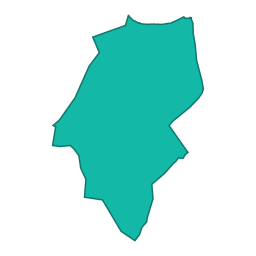 outline of Naranbulag, Uvs, Mongolia
{"feature_id": "93677404B35276853556349", "entity_name": "Naranbulag", "entity_type": "district", "adm_level": 2, "iso_a3": "MNG", "parent_name": "Mongolia", "parent_adm1": "Uvs", "projection": "natural_earth1", "projection_center": [92.704, 49.464], "detail": "fine", "context": "isolated", "style": "filled", "palette": "teal", "viewbox_px": 256, "rotation_deg": 0, "n_neighbors": 0, "source": "geoboundaries", "source_scale": "gbopen_adm2", "svg_char_len": 2337}
<svg xmlns="http://www.w3.org/2000/svg" viewBox="0 0 256 256"><path d="M128.4,15.4L125.5,25.4L92.7,37.1L96.1,44.8L99.3,52.7L89.1,66.2L75.0,97.9L59.3,120.2L53.9,124.8L53.1,125.5L55.7,126.7L52.6,145.5L60.2,146.5L70.3,145.5L73.9,148.9L78.9,155.6L80.7,168.1L85.9,179.3L84.5,197.2L90.7,198.1L102.5,199.9L121.2,231.4L134.9,240.6L139.4,234.8L142.0,227.2L146.7,221.9L147.1,218.2L153.0,198.8L151.8,184.3L164.3,173.6L174.3,162.5L175.0,162.1L175.3,162.0L175.5,161.9L175.9,161.3L176.6,160.3L177.2,159.5L177.9,158.6L178.3,158.3L179.1,157.7L179.3,157.6L179.6,157.7L179.8,157.7L180.0,157.8L180.2,158.0L180.3,158.2L180.5,158.3L180.8,158.2L181.0,158.1L181.3,158.1L181.6,158.1L181.9,158.2L182.1,158.2L182.2,158.3L182.4,158.3L182.6,158.3L182.8,158.2L183.0,158.1L183.4,158.0L183.6,157.7L183.8,157.4L183.8,157.1L183.9,156.9L184.3,156.2L185.3,154.7L186.8,153.4L187.2,152.9L187.5,152.6L188.0,152.3L186.4,150.3L175.4,134.6L169.1,125.6L172.5,121.4L190.0,107.1L198.8,97.9L201.9,93.2L203.4,89.1L201.6,79.6L196.6,60.4L195.2,44.8L193.2,33.3L192.9,23.4L192.0,20.8L191.1,19.0L191.1,18.9L191.2,18.7L191.3,18.6L191.3,18.3L191.2,18.2L191.3,18.0L191.3,17.9L191.3,17.7L191.2,17.7L190.9,17.7L190.8,17.8L190.7,17.8L190.5,17.7L190.5,17.8L190.4,17.8L190.1,17.8L189.9,17.7L189.7,17.7L189.7,17.8L189.5,18.1L189.3,18.1L189.1,18.2L188.9,18.3L187.5,18.3L185.1,18.2L184.7,18.0L184.3,17.8L184.4,17.6L184.4,17.4L184.3,17.2L184.2,17.2L183.5,16.9L181.9,17.8L178.8,19.4L176.6,20.5L174.2,21.5L173.5,21.9L172.9,22.1L172.2,22.4L171.6,22.8L171.0,23.3L169.7,23.4L168.9,23.3L168.2,23.4L167.2,23.6L166.7,23.6L165.2,23.9L164.4,24.1L163.3,24.2L162.5,24.3L161.4,24.4L160.6,24.4L159.9,24.4L158.9,24.3L158.2,24.2L155.9,24.3L155.2,24.2L154.4,24.1L153.2,24.1L152.6,24.2L152.0,24.2L151.5,24.1L150.3,24.2L148.1,24.3L146.6,24.3L146.0,24.3L145.6,24.2L145.1,24.2L144.5,24.1L144.1,24.1L143.5,24.1L142.9,24.0L142.2,23.9L141.5,23.8L141.1,23.7L140.7,23.6L140.5,23.4L140.2,23.3L140.0,23.2L139.8,23.0L139.1,22.6L138.9,22.7L138.9,22.8L138.5,22.9L138.0,22.7L137.4,22.4L137.1,22.3L136.8,22.3L136.6,22.3L136.4,22.1L136.1,21.8L135.8,21.5L135.6,21.3L135.2,21.1L134.8,21.1L134.3,20.9L134.0,20.7L133.5,20.5L133.1,20.3L132.8,19.9L132.5,19.6L132.1,19.5L131.7,19.2L131.2,18.8L130.9,18.1L129.9,17.3L129.5,17.0L129.4,16.7L129.1,16.4L128.8,15.6L128.6,15.4L128.4,15.4Z" fill="#14b8a6" stroke="#0f766e" stroke-width="1.5"/></svg>